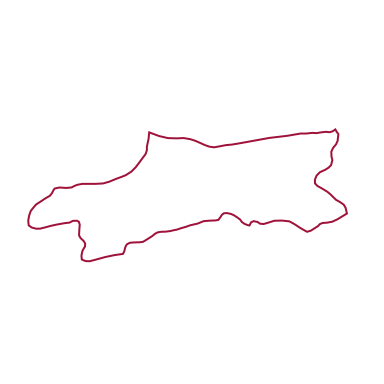 Douya-Onoyè, Ngounié, Gabon, rotated 280°
{"feature_id": "22940354B97081518304262", "entity_name": "Douya-Onoyè", "entity_type": "district", "adm_level": 2, "iso_a3": "GAB", "parent_name": "Gabon", "parent_adm1": "Ngounié", "projection": "natural_earth1", "projection_center": [11.048, -1.613], "detail": "fine", "context": "isolated", "style": "outline", "palette": "rose", "viewbox_px": 384, "rotation_deg": 280, "n_neighbors": 0, "source": "geoboundaries", "source_scale": "gbopen_adm2", "svg_char_len": 2175}
<svg xmlns="http://www.w3.org/2000/svg" viewBox="0 0 384 384"><g transform="rotate(280 192 192)"><path d="M243.3,139.5L236.9,140.0L228.8,139.7L225.3,140.3L221.3,139.7L215.8,136.9L211.3,134.7L206.5,132.2L201.5,128.7L197.1,123.9L194.3,119.4L192.2,115.7L187.7,108.6L184.9,102.7L183.3,95.7L182.1,89.1L181.0,82.7L179.3,78.1L177.6,75.2L175.6,72.7L174.2,67.7L173.4,60.7L171.6,56.2L169.6,55.2L166.5,54.3L163.5,52.6L160.7,49.2L156.7,45.0L152.7,40.7L149.4,38.7L145.4,36.5L140.5,35.7L135.2,35.7L130.8,37.0L129.2,40.2L128.8,44.8L129.5,48.7L131.5,53.2L134.0,58.5L136.2,63.8L139.2,72.0L140.6,76.7L142.9,79.7L143.7,83.5L143.1,85.7L140.4,87.1L135.1,87.6L129.7,88.3L127.4,90.1L125.0,93.7L122.8,95.7L119.8,96.1L117.9,95.3L114.8,94.3L110.0,94.2L106.4,95.2L105.5,99.1L106.0,103.1L108.0,107.5L112.9,117.9L116.5,126.9L119.0,134.7L121.7,135.6L125.2,135.8L127.4,136.2L129.3,137.1L131.2,139.6L132.3,143.8L133.4,149.2L134.4,152.4L136.7,155.0L139.6,158.2L141.8,160.6L144.4,162.8L146.2,165.0L147.5,168.6L148.3,172.7L149.7,177.2L151.2,180.7L152.5,184.0L154.5,187.6L156.5,191.8L159.0,196.2L161.9,203.1L165.3,208.5L167.0,215.0L168.1,220.2L169.1,222.8L172.3,224.4L174.9,225.5L176.6,227.1L177.3,230.1L177.2,234.1L176.4,237.2L175.1,240.4L173.3,244.1L171.1,246.3L169.7,249.4L169.1,252.4L169.0,254.4L172.3,255.4L174.0,257.7L173.9,261.7L172.6,264.5L172.9,268.1L175.3,272.9L178.0,278.1L179.5,285.6L180.0,293.0L178.1,298.6L175.6,304.3L173.9,309.0L172.8,312.2L174.5,315.7L180.4,322.1L182.5,323.4L184.1,325.8L185.3,330.5L187.1,335.3L190.4,340.0L197.7,348.3L203.1,346.0L205.9,343.6L207.8,339.5L209.3,335.2L211.4,332.1L213.9,328.5L215.8,325.1L218.0,319.5L219.7,314.5L221.8,311.7L225.3,310.9L229.7,311.8L233.8,314.6L236.9,319.2L239.7,322.3L242.6,324.3L247.8,324.7L250.9,323.3L255.8,322.2L260.0,323.3L264.0,325.6L267.6,326.5L274.5,326.1L276.0,324.4L278.5,322.3L276.3,320.1L274.8,317.3L274.5,313.3L273.0,308.3L271.6,304.4L271.1,300.1L269.4,294.3L268.4,288.7L263.9,276.1L258.7,258.8L248.4,230.9L245.6,223.0L244.1,217.4L241.4,210.3L239.8,205.8L239.7,200.8L240.5,196.3L241.7,191.7L243.0,186.3L243.7,181.4L243.7,174.5L242.2,167.8L240.9,158.9L241.4,149.8L243.3,139.5Z" fill="none" stroke="#9f1239" stroke-width="2"/></g></svg>